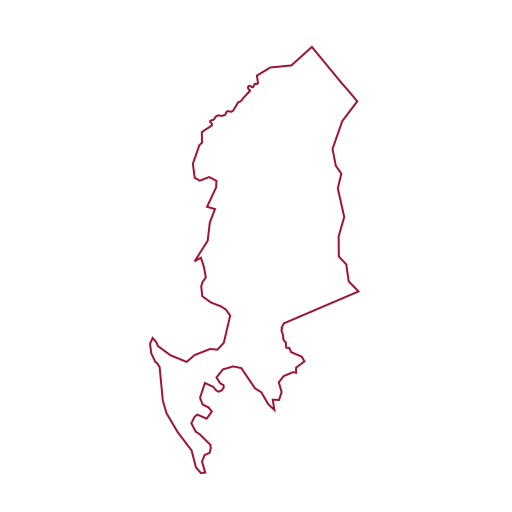 Queen Anne's, Maryland, United States of America, rotated 324°
{"feature_id": "52423323B53512454602615", "entity_name": "Queen Anne's", "entity_type": "district", "adm_level": 2, "iso_a3": "USA", "parent_name": "United States of America", "parent_adm1": "Maryland", "projection": "natural_earth1", "projection_center": [-76.091, 39.048], "detail": "fine", "context": "isolated", "style": "outline", "palette": "rose", "viewbox_px": 512, "rotation_deg": 324, "n_neighbors": 0, "source": "geoboundaries", "source_scale": "gbopen_adm2", "svg_char_len": 2305}
<svg xmlns="http://www.w3.org/2000/svg" viewBox="0 0 512 512"><g transform="rotate(324 256 256)"><path d="M203.3,224.2L210.4,225.0L207.4,234.3L205.8,237.6L202.8,243.8L197.3,245.7L193.8,248.4L188.9,257.0L192.2,267.1L198.1,276.3L200.2,281.9L200.0,289.1L178.9,307.3L169.8,309.1L164.1,304.2L163.7,304.1L147.9,300.0L143.9,300.4L137.6,300.9L128.5,286.1L123.7,271.1L124.7,267.1L124.2,261.6L118.8,264.6L114.1,273.0L112.3,282.7L113.0,284.4L112.8,289.1L95.6,318.2L91.2,330.6L89.1,352.4L89.6,375.5L83.2,391.6L83.8,399.1L87.6,401.4L91.5,390.5L97.4,386.8L102.8,388.0L106.4,384.9L108.1,382.1L105.7,367.2L104.0,362.7L105.3,353.5L105.3,353.4L111.9,349.9L115.3,349.8L120.5,358.6L128.9,355.8L128.6,350.6L125.5,344.8L127.4,337.8L140.0,328.7L144.5,336.7L144.6,340.7L146.0,343.8L149.2,344.6L152.9,343.2L153.8,341.2L152.2,338.2L152.6,331.0L161.1,328.7L162.6,328.3L172.6,331.9L178.2,338.0L177.4,362.5L180.2,369.3L178.8,383.2L179.8,388.2L180.4,391.3L185.1,382.1L190.0,386.0L196.7,381.2L200.2,371.6L207.8,369.4L217.6,371.7L219.8,374.0L222.8,369.9L233.3,369.7L233.8,364.3L227.9,354.4L228.9,350.0L226.7,348.1L227.2,346.4L228.4,345.0L229.3,343.4L229.0,341.8L229.2,339.2L230.7,337.1L231.8,334.8L232.1,333.1L233.2,330.7L234.3,330.1L234.5,329.1L239.1,326.9L318.1,344.9L316.1,331.0L324.1,315.8L322.7,305.1L334.4,288.7L350.3,276.3L361.9,249.4L373.4,239.6L373.6,229.9L380.9,214.3L405.0,197.6L428.8,190.4L428.8,190.2L427.8,175.4L426.9,166.5L424.1,119.7L396.6,122.6L378.2,111.8L362.8,110.6L359.2,117.3L357.8,117.3L357.0,117.0L356.7,116.3L356.1,116.0L354.9,116.6L353.0,117.6L352.4,117.5L351.9,116.9L351.4,115.1L350.7,114.4L349.6,114.3L348.9,114.6L348.3,115.4L348.1,116.9L348.2,117.8L348.5,118.5L348.3,118.8L347.8,119.1L346.3,119.2L338.2,120.8L335.5,121.7L334.4,121.8L333.4,121.6L332.1,121.1L322.8,125.0L321.3,124.9L320.6,124.6L318.5,122.3L316.7,122.1L314.3,123.6L313.0,123.4L310.7,122.6L308.4,120.2L306.4,119.6L305.0,119.7L302.7,120.6L301.7,120.7L300.9,120.5L300.2,120.3L299.5,120.0L298.9,119.8L298.5,119.8L298.3,119.8L298.0,120.1L297.8,120.4L297.8,121.0L298.0,122.3L297.9,123.0L297.8,123.6L297.3,124.2L296.9,124.4L285.0,123.9L278.9,132.6L275.2,133.1L259.1,144.3L252.4,156.7L254.8,162.0L264.5,164.6L268.2,172.0L264.0,177.1L245.3,187.4L250.4,193.9L238.4,201.7L225.9,215.2L203.3,224.2Z" fill="none" stroke="#9f1239" stroke-width="2"/></g></svg>